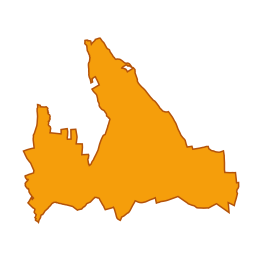 the district of Carastelec, Salaj, Romania, rotated 266°
{"feature_id": "2599482B43176721929294", "entity_name": "Carastelec", "entity_type": "district", "adm_level": 2, "iso_a3": "ROU", "parent_name": "Romania", "parent_adm1": "Salaj", "projection": "natural_earth1", "projection_center": [22.689, 47.305], "detail": "fine", "context": "isolated", "style": "filled", "palette": "amber", "viewbox_px": 256, "rotation_deg": 266, "n_neighbors": 0, "source": "geoboundaries", "source_scale": "gbopen_adm2", "svg_char_len": 5622}
<svg xmlns="http://www.w3.org/2000/svg" viewBox="0 0 256 256"><g transform="rotate(266 128 128)"><path d="M76.0,232.1L76.0,231.2L76.2,229.0L76.3,226.5L76.9,221.5L79.5,221.3L86.6,221.8L91.5,221.9L94.0,222.0L98.5,221.6L97.7,218.7L97.5,217.7L97.5,216.9L97.9,214.7L98.3,213.3L98.8,212.4L99.1,211.8L99.5,210.1L100.0,209.2L101.0,208.1L101.7,207.2L104.0,206.7L104.1,204.9L103.5,202.4L103.4,201.1L102.9,197.9L102.3,191.2L105.3,190.5L104.9,185.7L107.8,184.9L111.6,184.2L112.7,183.6L114.7,181.9L117.1,180.3L119.9,179.3L123.2,177.9L128.6,176.3L130.3,175.6L131.7,174.8L133.9,173.9L135.9,172.9L140.0,170.4L141.5,169.4L141.3,168.7L141.3,167.1L141.5,166.2L142.0,164.9L142.4,164.0L142.8,163.5L143.9,162.8L145.5,161.3L147.8,160.1L151.2,157.9L152.9,156.6L154.1,155.0L154.8,154.5L157.2,152.6L163.1,148.6L164.0,148.1L166.2,146.3L167.9,144.6L170.0,142.9L172.0,141.5L174.0,140.6L175.9,140.7L182.4,138.9L183.3,138.9L183.5,139.0L185.8,139.0L187.6,137.6L187.9,137.2L187.6,136.5L187.1,136.9L186.6,136.1L184.1,131.3L185.4,130.8L186.9,129.8L186.7,129.3L187.0,129.2L187.4,128.8L187.6,128.3L188.2,126.0L188.7,126.3L189.4,127.3L191.1,130.4L191.1,130.8L190.9,131.2L190.6,131.3L190.4,131.5L190.4,131.9L189.9,132.1L189.7,132.4L190.0,133.0L190.1,133.7L190.0,133.9L189.5,134.1L189.0,134.6L189.1,135.2L188.7,135.4L188.4,135.8L188.5,136.1L191.5,134.2L192.1,133.6L192.6,132.7L192.8,132.0L192.7,131.2L192.8,130.4L193.0,129.7L193.4,129.0L195.5,126.8L196.7,125.3L197.1,124.6L197.6,122.1L197.5,121.2L197.3,120.8L197.4,120.5L198.0,119.9L199.1,119.3L200.4,118.1L201.3,117.8L205.2,115.5L207.2,114.9L207.6,114.5L208.5,113.1L209.1,112.6L209.7,112.2L214.5,110.0L215.1,109.6L216.4,108.4L219.4,106.6L219.6,106.4L219.6,105.5L219.4,104.6L218.6,101.5L218.0,101.4L217.7,101.2L215.4,98.4L214.1,97.3L217.3,96.9L217.5,96.5L217.9,94.7L217.7,94.2L218.4,93.9L218.5,93.7L218.5,92.7L218.4,91.2L218.2,91.1L216.8,91.1L215.4,90.8L214.6,91.2L213.4,92.4L212.8,92.6L207.9,92.8L206.8,93.4L203.9,94.3L203.4,94.7L201.6,94.7L201.1,95.0L197.5,94.3L196.6,94.0L195.8,93.4L195.1,93.1L193.6,92.9L190.6,92.9L189.6,93.0L187.5,92.8L185.2,92.8L183.8,92.6L181.5,92.9L179.0,93.8L175.6,94.2L176.4,95.9L178.7,95.6L178.9,95.8L179.6,95.6L180.9,97.7L181.5,98.9L181.3,99.1L180.1,99.5L176.9,100.9L173.0,102.3L169.3,94.8L167.0,96.0L164.8,97.8L164.7,98.0L163.0,99.1L159.6,99.7L157.0,99.8L154.3,100.9L152.2,100.8L150.8,101.4L148.7,102.9L148.1,103.6L147.2,105.2L146.4,105.8L145.6,106.2L143.9,107.3L143.3,107.5L141.5,107.5L140.5,108.7L139.3,109.4L139.2,110.0L138.0,110.6L135.9,109.8L132.8,108.7L131.6,108.1L130.2,107.7L123.2,104.8L123.0,104.5L122.5,103.1L121.9,102.5L119.1,100.9L116.8,99.8L114.0,98.6L108.1,96.6L104.1,94.4L100.3,92.1L98.7,91.3L96.9,89.8L94.7,88.7L93.8,87.7L93.3,86.8L94.7,86.5L94.7,86.2L99.4,85.7L100.5,86.1L100.8,86.5L101.6,86.5L103.0,86.9L103.7,86.9L104.0,86.6L104.4,86.6L104.6,80.1L111.8,81.2L115.3,81.3L115.8,75.2L122.3,76.5L123.5,76.5L130.4,75.8L130.4,70.9L120.9,70.4L121.0,66.8L122.7,66.7L124.8,67.2L128.7,67.6L131.6,67.3L131.6,67.0L131.1,61.1L128.2,61.0L126.8,60.7L128.7,49.8L130.0,50.3L131.7,50.4L132.4,50.8L133.1,50.8L134.7,50.5L135.9,49.2L136.6,48.8L137.1,48.8L137.9,49.1L139.3,49.2L140.1,49.0L140.3,49.2L140.3,49.6L140.4,50.0L141.0,50.1L141.3,50.3L141.7,50.3L142.1,50.8L142.5,50.9L142.8,50.9L143.3,50.5L143.5,50.5L144.5,51.1L145.4,51.0L146.5,50.7L147.6,49.5L148.5,49.2L148.8,49.6L149.0,49.7L149.7,49.1L150.1,49.4L150.7,49.1L150.9,49.3L151.8,48.9L153.2,49.4L154.8,48.0L154.8,47.1L154.7,46.2L155.3,42.0L156.1,42.2L156.6,42.0L156.9,41.8L157.1,40.7L157.6,40.0L157.7,39.4L154.9,39.4L153.7,38.7L151.0,38.5L149.5,38.6L145.8,38.6L139.1,37.7L136.7,37.2L129.2,34.2L127.5,33.1L125.6,33.0L124.2,32.7L122.4,32.6L114.6,33.0L114.2,29.9L113.4,26.0L112.3,22.1L111.4,22.4L110.9,22.7L108.1,23.7L104.7,25.1L101.3,27.3L100.7,27.8L99.6,28.5L92.0,31.2L91.2,30.9L89.9,30.7L89.7,30.3L89.0,27.7L88.7,26.2L87.7,23.2L87.2,22.7L87.6,22.4L87.5,22.1L86.8,22.0L85.6,22.3L83.7,23.5L83.4,23.7L83.8,24.3L83.8,24.6L83.3,24.8L83.1,24.5L82.1,23.8L81.4,22.8L80.4,22.0L80.3,21.8L79.6,21.5L78.5,21.7L78.1,21.5L77.1,21.7L74.4,23.5L74.3,23.8L74.6,24.1L74.5,24.4L74.3,24.5L72.2,24.9L71.2,24.8L68.4,26.2L67.7,26.9L67.1,27.0L64.7,28.8L63.5,27.5L65.3,26.6L61.7,24.2L60.3,23.0L58.2,24.7L55.0,27.6L55.1,27.8L53.5,29.5L52.4,29.2L51.6,28.8L50.6,28.5L49.6,29.0L47.9,30.4L45.5,29.3L45.0,28.9L44.1,29.9L42.7,29.2L42.2,29.6L40.8,31.6L40.1,32.1L42.2,32.8L44.6,34.4L45.7,34.8L46.1,34.7L47.4,35.5L47.6,36.8L48.9,37.9L51.0,39.4L53.4,42.5L54.8,43.7L55.8,45.0L58.1,47.0L58.3,47.8L58.8,48.3L59.0,49.1L58.9,51.2L58.5,51.4L58.4,52.4L57.7,53.9L57.1,56.5L56.7,57.0L56.6,57.7L55.8,60.4L55.7,61.1L53.6,67.3L49.6,71.8L50.0,73.1L50.4,76.2L50.8,76.4L51.1,76.8L51.3,77.1L51.9,77.6L52.6,78.7L52.6,79.2L53.3,79.8L53.8,80.4L55.4,81.5L56.8,85.3L60.2,89.0L60.4,89.4L61.1,90.0L60.8,92.1L60.3,92.9L60.2,93.8L59.6,94.5L58.8,94.7L53.3,97.3L51.4,98.4L50.5,98.6L48.1,99.6L49.5,106.6L50.0,107.9L48.2,108.7L43.2,109.8L40.4,110.3L39.0,110.7L38.3,111.2L37.9,111.5L36.4,113.8L37.1,114.3L39.6,115.5L40.6,117.9L43.1,121.4L43.1,121.5L43.5,122.5L44.2,123.2L45.6,124.3L50.2,127.1L53.6,129.4L54.9,130.1L53.4,133.0L52.8,134.7L52.6,136.1L52.6,137.3L53.1,140.4L54.9,145.3L55.7,148.2L56.5,150.3L51.1,151.1L51.2,151.5L51.5,152.2L51.7,153.9L52.3,155.5L52.5,158.3L52.8,160.6L53.2,162.6L56.2,173.1L48.9,182.2L48.2,182.8L46.5,186.5L45.7,188.8L43.7,191.0L43.4,192.3L43.1,195.4L42.8,197.8L42.7,202.1L42.5,202.6L44.4,206.7L46.3,211.0L36.6,222.9L46.6,222.8L45.2,225.3L43.2,228.6L46.2,229.5L50.1,231.0L55.1,232.6L56.5,232.0L57.5,232.1L58.9,232.5L59.3,232.7L59.6,233.1L60.5,233.8L61.0,234.0L61.8,234.3L65.9,234.5L65.8,232.5L76.0,232.1Z" fill="#f59e0b" stroke="#b45309" stroke-width="1.5"/></g></svg>